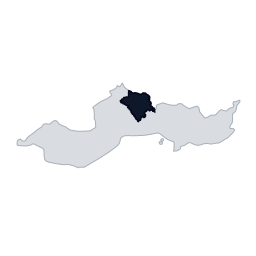 location of Kasungu, Kasungu, Malawi, rotated 95°
{"feature_id": "42251766B4237185447418", "entity_name": "Kasungu", "entity_type": "district", "adm_level": 2, "iso_a3": "MWI", "parent_name": "Malawi", "parent_adm1": "Kasungu", "projection": "orthographic", "projection_center": [33.451, -12.996], "detail": "fine", "context": "in_parent", "style": "filled", "palette": "ink", "viewbox_px": 256, "rotation_deg": 95, "n_neighbors": 0, "source": "geoboundaries", "source_scale": "gbopen_adm2", "svg_char_len": 7412}
<svg xmlns="http://www.w3.org/2000/svg" viewBox="0 0 256 256"><g transform="rotate(95 128 128)"><path d="M98.6,149.1L97.1,147.1L95.9,147.6L94.2,149.0L93.3,149.4L92.8,149.4L92.5,149.0L92.2,148.1L90.9,145.5L89.4,143.6L87.9,142.9L86.6,142.0L87.1,141.2L87.7,140.6L87.5,140.0L86.8,139.1L84.0,137.8L84.0,137.2L86.4,136.1L87.9,134.7L88.9,133.4L90.3,130.6L91.3,127.8L92.1,126.9L92.4,125.0L92.2,122.9L92.7,120.2L93.0,117.7L92.2,116.7L91.5,115.0L92.3,112.1L93.6,110.1L99.7,108.0L103.9,106.1L104.8,105.3L106.3,103.7L107.1,102.1L106.5,101.6L103.2,101.6L102.3,101.0L99.9,95.4L101.3,89.1L101.4,86.6L101.3,83.5L100.9,81.3L99.8,80.3L99.2,79.1L99.4,75.8L100.3,75.4L102.5,71.1L103.4,68.5L102.3,66.4L101.0,63.5L100.5,61.6L100.1,61.0L101.0,59.9L102.5,58.8L104.1,58.4L105.8,57.9L111.2,52.5L111.2,51.4L110.3,49.6L108.3,46.9L107.8,45.7L107.6,42.4L106.8,41.5L103.8,39.2L101.5,36.9L102.2,34.5L102.6,31.9L101.5,30.5L99.8,29.0L98.8,26.9L98.3,25.3L97.0,24.7L95.8,24.6L94.9,25.6L93.9,25.5L92.7,25.2L92.3,23.8L92.3,22.3L91.5,21.3L90.7,19.9L90.6,19.1L91.1,18.9L92.1,18.8L96.5,21.6L99.1,21.7L102.1,22.3L104.6,24.8L105.9,25.1L107.5,24.8L112.3,24.5L114.2,24.9L116.6,26.3L117.6,26.5L119.1,26.6L119.4,26.2L119.6,25.3L119.3,23.6L119.6,22.6L120.6,21.6L123.2,22.8L129.6,28.3L129.8,29.0L133.9,34.4L135.2,36.7L135.2,37.9L136.5,42.7L136.8,44.9L136.5,46.6L136.5,48.0L137.0,49.9L136.8,50.7L138.3,53.5L139.0,55.9L139.1,58.3L138.7,60.5L137.4,63.8L137.2,65.2L137.5,66.4L138.3,67.7L139.7,69.1L140.7,70.8L141.4,72.9L142.0,73.8L142.8,73.8L144.1,74.1L145.3,75.3L146.5,77.2L146.9,79.5L147.1,80.5L143.5,80.4L138.8,80.7L137.7,81.6L137.3,83.6L135.9,87.6L135.1,89.1L133.4,91.9L130.9,95.7L130.4,97.0L130.5,98.3L131.9,103.5L133.4,109.0L133.8,111.2L134.9,118.5L135.4,123.6L135.5,126.7L136.0,130.7L137.3,132.9L138.6,134.3L143.8,135.2L145.4,136.2L148.3,138.8L154.6,146.0L158.1,150.6L161.2,154.6L166.6,162.2L170.8,168.0L171.3,173.4L172.0,174.2L170.5,178.3L169.5,184.8L170.2,189.1L169.8,196.5L168.9,204.3L167.9,207.1L166.6,208.2L163.7,209.0L157.1,209.9L156.1,210.8L155.3,212.3L153.9,215.9L152.4,219.6L151.9,221.1L152.1,221.5L153.5,223.4L154.9,228.1L155.0,236.3L154.6,236.9L152.6,237.2L150.6,237.1L149.7,236.6L149.0,235.7L148.4,234.0L149.8,232.8L150.3,230.7L149.4,228.8L147.7,228.4L145.5,226.7L140.8,221.3L136.9,217.4L134.6,214.2L132.2,213.0L131.6,212.2L131.0,210.8L131.0,208.9L131.2,207.5L130.5,205.9L128.1,203.4L127.1,202.0L127.0,200.4L128.0,198.8L130.1,196.9L131.6,193.0L132.2,190.5L135.1,185.4L135.5,181.0L135.6,177.5L135.4,174.8L134.7,169.4L134.2,165.7L130.7,160.8L129.5,160.3L126.1,160.7L123.2,161.4L121.8,162.5L119.6,162.5L113.9,163.3L112.1,163.7L111.1,164.6L110.5,164.8L106.9,161.0L103.7,156.9L99.7,150.0L98.6,149.1ZM140.4,95.5L139.4,95.7L138.8,95.2L139.0,93.7L139.3,92.6L140.3,92.4L141.0,92.7L141.4,93.2L141.4,94.0L141.2,94.9L140.4,95.5ZM138.3,92.7L137.7,94.2L136.6,94.2L135.5,92.9L135.9,91.8L136.9,91.5L137.8,91.9L138.3,92.7Z" fill="#d9dde1" stroke="#a8b0b8" stroke-width="1"/><path d="M112.3,126.0L112.2,125.8L112.3,125.5L112.6,125.4L112.8,125.3L113.0,125.3L113.1,125.1L113.3,125.0L113.4,124.8L113.5,124.8L113.9,124.7L113.8,124.3L113.9,124.1L114.0,124.0L113.9,123.8L114.0,123.7L114.3,123.6L114.7,123.1L115.0,123.1L115.3,123.2L115.5,123.1L115.7,122.9L115.5,122.6L115.6,122.4L115.6,122.1L115.9,122.0L116.2,121.8L116.4,121.8L116.6,121.9L116.8,121.8L116.8,121.7L117.0,121.5L117.5,121.4L117.6,121.0L118.0,120.9L118.4,120.8L118.5,120.7L118.6,120.0L118.8,119.7L119.0,119.5L119.3,119.5L119.4,119.4L119.5,119.2L120.1,119.0L120.2,118.9L120.5,118.8L120.7,118.3L120.3,118.1L120.0,118.0L120.0,117.8L119.9,117.7L119.7,117.7L119.6,117.4L119.4,117.4L119.3,117.0L119.2,116.6L119.2,116.4L118.2,116.1L117.2,116.0L116.9,115.9L116.8,116.0L116.5,115.9L116.4,115.8L116.3,115.6L116.1,115.5L115.9,115.5L115.7,115.5L115.7,115.4L115.6,115.2L115.4,115.0L115.5,115.0L115.5,114.8L115.6,114.5L115.6,114.2L115.8,113.9L115.7,113.8L115.7,113.7L115.4,113.5L115.5,113.4L115.7,113.2L115.9,112.7L116.0,112.7L115.9,112.5L115.9,112.3L115.8,112.2L115.5,112.2L115.4,112.2L115.2,112.1L114.9,112.4L114.7,112.4L114.5,112.2L114.3,112.0L114.2,111.9L114.3,111.7L114.2,111.7L113.8,111.6L113.6,111.6L113.5,111.8L113.2,111.8L112.9,112.0L112.5,112.5L112.1,112.7L111.9,112.8L111.7,112.8L111.4,112.9L111.2,113.1L110.4,112.3L110.2,111.7L109.5,111.0L109.2,111.2L108.8,111.4L108.6,111.4L108.3,110.5L108.2,109.1L108.3,108.8L108.6,108.6L108.7,108.4L109.0,108.2L109.0,107.9L108.9,107.8L108.6,107.6L108.5,107.2L108.3,107.1L108.3,106.8L108.2,106.7L108.2,106.4L108.1,106.2L108.0,105.8L108.0,105.7L107.7,105.4L107.8,105.3L108.0,105.1L109.1,104.8L109.0,104.3L109.7,102.8L109.3,102.8L109.2,102.9L109.0,103.1L108.1,103.1L107.8,102.9L107.7,102.9L107.4,103.2L107.1,103.2L107.0,103.5L106.9,103.5L106.8,103.8L106.7,103.8L106.3,104.0L106.1,103.9L106.1,104.0L105.9,104.2L105.9,104.3L106.1,104.7L106.1,104.8L106.2,105.0L105.9,105.3L105.7,105.2L105.6,105.4L105.4,105.4L105.1,105.6L104.8,105.7L104.8,105.8L104.8,106.0L104.7,106.1L104.5,106.3L104.3,106.5L104.4,106.8L104.2,107.0L103.9,107.2L103.7,107.3L103.4,107.7L103.1,107.9L103.1,108.0L102.9,108.0L102.8,107.8L102.6,107.7L102.2,107.6L102.1,107.4L101.9,107.3L101.9,107.1L101.7,107.1L101.4,107.2L100.7,107.4L100.4,107.5L100.2,107.7L99.6,108.7L99.2,109.1L98.8,109.2L98.6,109.3L98.5,109.5L98.2,110.1L98.0,110.3L97.9,110.3L97.9,110.1L98.1,109.4L97.9,109.3L97.6,109.2L97.2,109.0L96.8,109.1L96.7,109.1L96.4,109.2L96.2,109.4L96.1,109.5L95.9,109.4L95.6,109.0L94.8,109.3L94.3,109.7L94.1,110.1L93.8,110.4L93.4,111.0L93.2,111.8L93.1,112.2L92.7,112.7L92.4,113.0L91.9,113.4L91.8,113.7L91.8,115.4L91.8,115.9L91.8,116.1L92.0,116.4L92.6,116.8L92.8,117.1L93.0,117.2L93.3,117.3L93.5,117.5L93.7,118.0L93.5,118.4L93.4,118.5L93.4,119.1L93.3,119.7L93.3,120.0L93.2,120.3L92.9,120.5L92.8,120.9L92.7,121.1L92.6,121.4L92.8,121.8L92.7,122.3L92.5,122.6L92.4,123.2L92.3,123.5L92.3,123.8L92.4,124.0L92.4,124.4L92.4,124.7L92.4,124.8L92.8,125.4L93.2,126.1L93.3,126.3L93.4,126.5L92.8,126.7L92.5,126.9L92.3,127.4L92.2,127.8L91.7,127.9L91.5,128.0L91.4,128.3L91.1,129.5L90.8,130.2L90.9,130.6L96.8,130.2L97.2,130.3L97.3,130.4L97.3,130.5L97.2,130.8L97.3,131.3L97.3,131.5L97.2,131.8L97.2,132.3L97.3,132.4L97.5,132.9L97.7,133.2L97.7,133.3L97.8,133.5L97.9,134.1L97.9,134.6L98.2,134.9L98.6,135.0L99.0,135.3L99.6,135.9L99.8,136.1L100.0,136.3L99.9,136.6L100.0,136.8L100.4,136.9L100.9,136.8L101.0,136.9L101.1,137.0L101.1,137.3L101.2,137.5L101.3,137.7L101.7,138.0L101.8,137.9L102.1,137.8L102.2,137.7L102.5,137.6L102.5,137.4L102.8,137.4L103.0,137.1L103.3,137.0L103.5,136.9L103.5,136.5L103.5,136.0L103.4,135.9L103.5,135.7L103.3,135.5L103.3,135.4L103.3,135.2L103.3,134.8L103.3,134.7L103.5,134.4L103.8,134.3L103.9,134.2L104.2,134.4L104.2,134.2L104.3,133.8L104.7,133.6L104.8,133.4L104.8,133.2L104.9,132.7L105.1,132.5L105.1,132.2L105.3,132.2L105.5,131.9L105.6,131.7L105.5,131.4L105.7,131.2L105.8,130.8L105.8,130.7L105.7,130.5L105.7,130.4L105.4,130.0L105.4,129.8L105.5,129.7L105.6,129.2L105.8,129.2L105.8,129.3L106.0,129.5L106.4,129.8L106.6,129.8L106.9,130.0L107.1,130.0L107.2,129.8L107.3,129.7L107.4,129.8L107.4,130.0L107.5,130.1L107.8,129.9L107.8,129.3L108.0,129.4L108.1,129.2L108.0,128.9L108.0,128.6L108.3,128.6L108.9,128.4L109.0,128.4L109.1,128.1L109.3,128.1L109.3,127.6L109.1,127.4L109.1,127.2L109.4,127.0L109.6,126.9L109.8,127.0L110.0,126.9L110.1,127.0L110.3,127.0L110.5,127.0L110.5,126.8L110.8,126.6L111.1,126.3L111.3,126.2L111.6,126.2L111.8,126.1L112.0,126.2L112.3,126.0Z" fill="#0f172a" stroke="#020617" stroke-width="1.5"/></g></svg>